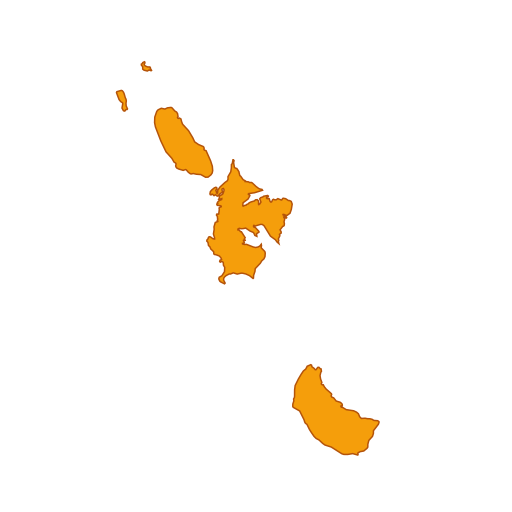 the district of Ibo, Mozambique, rotated 154°
{"feature_id": "85939544B72266919853878", "entity_name": "Ibo", "entity_type": "district", "adm_level": 2, "iso_a3": "MOZ", "parent_name": "Mozambique", "parent_adm1": "", "projection": "robinson", "projection_center": [40.592, -12.339], "detail": "fine", "context": "isolated", "style": "filled", "palette": "amber", "viewbox_px": 512, "rotation_deg": 154, "n_neighbors": 0, "source": "geoboundaries", "source_scale": "gbopen_adm2", "svg_char_len": 6114}
<svg xmlns="http://www.w3.org/2000/svg" viewBox="0 0 512 512"><g transform="rotate(154 256 256)"><path d="M286.7,251.0L283.8,250.8L280.8,248.0L276.9,247.1L275.6,246.4L273.1,244.4L270.5,241.3L268.5,237.1L268.0,237.2L266.6,239.7L263.7,242.6L262.2,245.0L255.3,247.6L252.8,249.2L250.2,249.9L248.2,251.5L246.4,254.6L246.1,256.2L247.6,260.7L247.5,261.6L246.5,262.9L246.1,264.3L248.2,263.3L250.2,263.2L252.6,263.8L254.4,265.2L259.4,270.6L261.5,271.5L262.8,272.7L262.6,273.3L261.4,272.8L260.7,273.0L260.4,275.6L259.9,275.7L259.5,274.9L258.9,274.8L258.8,276.6L257.7,277.2L258.5,284.2L259.3,284.7L259.7,286.7L260.8,287.2L260.7,287.8L260.1,288.3L258.8,288.2L257.5,287.1L255.7,286.3L253.0,285.6L250.4,281.0L248.2,278.5L247.9,277.5L248.0,275.0L246.6,273.3L245.8,275.8L242.9,276.1L242.6,276.8L244.1,281.9L245.1,282.7L245.3,283.6L244.8,284.4L244.4,284.5L243.9,283.4L238.0,282.4L236.6,281.7L235.5,279.7L234.3,267.5L231.4,262.0L231.0,259.4L230.0,257.1L229.6,259.2L228.7,260.0L228.4,261.6L225.7,263.7L225.4,265.2L223.3,265.6L222.8,266.7L222.9,269.0L219.0,270.9L217.9,270.8L217.2,271.2L216.3,272.6L215.8,274.5L214.4,276.1L213.7,277.4L214.1,278.1L214.0,278.9L213.4,278.8L212.8,278.2L212.8,277.3L212.2,276.8L211.6,277.0L211.6,277.9L213.7,281.2L213.5,281.5L212.7,281.2L211.2,279.4L210.1,278.9L206.7,279.5L203.8,282.4L200.7,286.8L200.4,289.6L201.5,291.1L202.6,291.7L204.2,294.5L206.2,296.0L206.9,296.0L208.0,295.2L208.7,295.2L211.2,298.0L213.2,297.7L214.4,298.2L215.5,299.4L216.5,299.2L218.1,297.9L218.7,297.8L219.2,298.1L219.4,299.3L219.0,301.8L220.9,302.7L221.2,303.3L220.7,304.1L219.0,303.9L218.6,304.4L219.0,305.3L223.0,306.4L223.9,306.1L226.2,306.4L227.6,305.8L227.9,302.3L229.6,301.2L230.9,300.9L231.0,301.5L230.0,303.3L229.7,304.6L230.2,306.1L231.9,306.7L233.2,306.2L236.9,306.8L238.9,306.8L240.1,306.3L242.0,306.4L242.7,306.0L243.8,306.4L245.7,306.4L245.8,307.1L244.3,309.5L238.1,310.7L235.1,312.9L234.9,313.2L235.1,313.8L235.8,314.4L235.8,315.0L235.2,315.3L229.6,313.5L221.3,312.2L221.4,313.2L223.2,314.6L224.0,315.6L225.5,318.5L227.3,323.3L228.0,324.2L229.5,324.8L230.2,325.9L232.9,327.6L232.5,327.8L232.8,328.5L234.1,330.2L234.8,334.5L235.3,335.4L234.4,339.4L234.7,342.0L234.9,343.1L236.1,344.1L236.5,345.3L235.2,349.7L233.9,351.4L234.1,352.4L234.5,352.6L236.8,349.5L238.0,349.0L239.6,345.9L241.8,342.7L246.4,339.6L247.5,337.2L248.8,336.2L251.7,335.7L258.1,333.8L261.5,331.9L262.9,329.5L263.5,329.2L263.8,330.1L263.0,331.4L263.5,332.1L263.3,332.7L261.9,333.4L261.4,334.1L261.4,334.8L262.0,335.4L263.6,335.5L266.7,334.8L268.8,333.9L270.2,332.0L270.2,331.1L269.6,330.6L268.5,330.9L267.9,330.5L267.4,328.8L267.0,328.6L265.6,328.9L264.6,326.8L263.5,326.7L260.9,327.8L258.8,328.0L258.0,328.5L257.5,330.7L256.9,331.2L255.7,331.0L255.6,329.9L256.2,328.7L257.9,326.9L259.1,326.1L262.4,325.9L262.9,325.6L263.6,324.0L264.8,323.3L264.4,322.6L263.7,322.9L261.6,322.6L262.1,321.8L264.9,321.9L266.3,321.5L267.4,320.8L267.4,319.9L268.3,320.0L268.6,319.6L268.6,318.5L265.9,316.8L265.4,316.0L265.6,315.5L267.7,315.6L268.2,315.2L268.6,313.9L271.1,310.1L271.7,310.1L272.6,310.9L273.6,310.2L273.4,308.3L274.1,306.8L274.1,306.0L275.4,304.7L275.0,304.1L275.2,303.7L277.9,304.0L281.0,300.6L281.9,298.3L284.6,294.5L285.3,290.3L285.8,289.4L287.2,290.5L288.5,293.0L289.3,293.7L290.1,293.8L290.8,293.4L291.4,292.6L293.1,291.9L293.7,291.0L293.2,289.3L294.1,286.3L293.4,284.3L293.6,282.2L292.2,278.4L293.0,276.4L292.7,275.6L291.3,274.6L288.9,272.0L288.3,269.5L288.5,267.9L290.2,268.0L291.1,266.9L290.8,266.1L289.3,266.1L288.5,265.4L288.3,264.4L289.3,262.0L289.1,259.5L291.2,255.7L295.3,253.2L298.4,253.0L299.5,251.7L299.6,249.4L299.2,248.3L296.5,244.8L295.6,245.2L295.7,248.6L294.6,250.3L293.3,251.0L291.4,251.5L288.0,251.6L286.7,251.0ZM255.7,36.0L251.8,32.5L251.2,33.0L251.0,34.2L250.1,34.4L248.2,34.5L244.6,33.5L240.5,34.5L239.3,35.2L238.0,37.8L235.4,40.8L230.4,42.8L228.3,45.0L227.0,47.5L219.8,51.1L218.4,52.5L218.1,53.2L218.8,54.6L222.2,56.6L223.2,58.3L225.0,59.8L227.1,60.9L229.1,62.4L232.5,63.8L233.3,66.1L233.1,69.3L234.1,71.6L236.1,74.1L242.3,78.4L244.5,81.9L245.6,82.7L245.6,83.9L245.0,84.0L244.3,83.5L243.8,84.0L243.5,85.0L243.8,86.3L244.5,87.7L247.5,90.5L248.4,94.5L249.7,95.9L249.8,97.3L248.7,98.4L248.6,99.2L251.3,105.7L251.9,108.4L252.0,110.8L252.9,111.1L253.3,112.0L253.3,112.6L252.2,113.5L251.9,117.0L250.9,120.4L248.8,123.0L247.7,123.7L247.0,126.0L247.7,126.5L248.2,128.3L248.8,128.7L249.4,128.8L251.8,127.5L252.6,127.8L253.0,129.5L254.3,132.0L253.9,133.5L254.4,134.3L258.3,134.5L260.8,132.6L263.8,131.9L267.1,130.0L271.8,126.9L277.6,122.4L279.9,118.9L282.8,113.1L283.5,112.0L284.9,111.0L285.5,109.2L287.8,106.8L288.9,104.7L288.9,103.7L284.7,97.6L284.6,87.9L285.0,85.4L284.9,84.0L284.0,82.3L284.0,76.6L283.6,73.0L282.9,68.4L281.9,65.6L280.1,63.2L278.2,58.3L276.9,55.9L272.1,51.3L265.6,40.7L264.1,39.2L260.5,37.4L255.7,36.0ZM286.1,425.2L288.7,420.3L289.8,416.1L291.1,401.2L291.2,389.0L288.8,380.6L288.5,376.3L287.5,374.8L287.5,373.8L288.7,372.2L288.9,371.1L288.6,369.7L287.2,367.9L283.9,364.9L281.5,364.6L280.9,364.0L280.1,360.9L279.0,358.8L278.4,358.2L276.2,357.6L273.7,355.6L269.9,353.4L266.8,348.9L264.5,347.9L260.9,348.7L259.0,349.8L257.5,351.7L255.9,355.8L255.1,361.4L254.7,372.6L256.0,373.8L256.0,374.8L255.4,375.5L255.2,376.7L255.5,377.6L258.8,381.4L261.1,385.5L261.0,390.0L261.7,398.2L264.2,406.6L264.0,409.2L263.4,412.1L264.3,413.5L265.5,413.7L265.9,414.3L265.8,415.0L265.0,415.4L264.1,418.3L264.3,420.2L265.4,421.9L266.5,425.9L267.2,426.8L270.7,428.0L273.4,428.0L276.4,430.3L279.9,430.3L280.8,430.0L282.0,429.3L286.1,425.2ZM311.0,444.1L310.3,443.8L308.7,444.6L307.5,444.2L307.0,444.6L306.9,447.8L305.9,450.3L304.6,452.2L304.1,453.9L304.1,455.6L303.4,459.5L303.3,461.3L303.7,463.1L304.5,463.9L309.0,464.7L309.8,464.0L310.5,456.6L309.9,454.0L308.8,452.3L309.0,451.3L311.6,447.7L311.5,444.9L311.0,444.1ZM270.5,470.0L269.1,468.5L268.5,468.6L268.7,471.0L268.4,471.5L268.5,472.4L270.6,473.5L272.1,475.2L272.6,476.4L272.4,477.5L271.4,478.0L270.9,478.9L271.1,479.5L273.0,479.5L273.9,478.8L275.0,478.7L275.4,477.4L274.8,476.1L275.9,473.6L275.2,472.1L272.6,469.9L270.5,470.0Z" fill="#f59e0b" stroke="#b45309" stroke-width="1.5"/></g></svg>